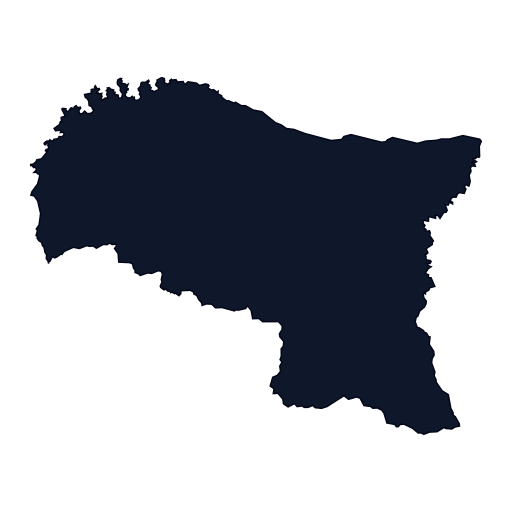 Santa Marta, Magdalena, Colombia (orthographic projection)
{"feature_id": "7082276B2481053474358", "entity_name": "Santa Marta", "entity_type": "district", "adm_level": 2, "iso_a3": "COL", "parent_name": "Colombia", "parent_adm1": "Magdalena", "projection": "orthographic", "projection_center": [-73.961, 11.086], "detail": "fine", "context": "isolated", "style": "filled", "palette": "ink", "viewbox_px": 512, "rotation_deg": 0, "n_neighbors": 0, "source": "geoboundaries", "source_scale": "gbopen_adm2", "svg_char_len": 5876}
<svg xmlns="http://www.w3.org/2000/svg" viewBox="0 0 512 512"><path d="M479.7,139.2L462.9,135.6L449.5,139.0L441.2,139.0L436.7,140.3L425.6,141.1L417.4,143.4L392.6,137.5L387.6,139.7L385.8,141.7L381.5,142.2L351.0,134.6L343.9,136.5L341.6,139.5L331.2,140.5L305.2,133.6L293.8,129.4L286.3,128.5L281.4,125.0L275.3,122.6L261.9,111.7L253.1,110.0L245.5,105.7L241.4,105.7L235.6,102.3L233.9,103.0L228.1,100.6L227.0,101.2L221.8,97.3L221.6,95.7L217.8,93.9L218.1,91.3L216.9,92.2L213.6,89.6L211.6,90.1L208.5,88.4L208.0,87.3L209.0,85.8L208.3,84.7L205.3,83.9L199.5,85.5L196.5,83.1L188.1,81.8L184.7,84.6L183.1,81.5L177.5,82.0L176.0,79.7L171.7,80.0L171.3,79.3L169.7,80.7L170.5,83.4L169.1,83.1L167.4,84.8L167.1,83.9L163.9,82.5L164.7,80.8L164.2,78.4L161.5,77.7L157.0,80.1L157.4,81.3L156.1,83.4L155.7,85.1L158.4,87.5L158.6,89.5L153.7,91.9L152.7,90.7L149.7,90.1L151.2,87.8L149.6,86.1L149.9,85.1L147.4,84.0L149.1,81.3L148.5,80.2L145.4,82.4L142.1,82.2L141.1,83.0L140.5,86.4L138.2,88.6L138.5,90.4L140.2,91.8L139.4,94.5L140.7,95.6L140.6,98.0L138.8,99.8L136.5,100.4L134.5,99.9L134.3,97.2L133.3,97.7L132.2,96.3L130.2,98.1L127.3,97.6L125.2,95.8L125.5,93.1L126.6,92.4L125.9,90.9L128.1,89.9L128.2,88.7L126.5,88.0L128.0,84.3L125.9,85.5L125.1,83.8L121.7,83.5L122.0,80.8L120.9,79.9L121.6,78.6L120.3,78.4L117.8,79.9L117.3,82.4L117.5,84.3L120.5,87.6L120.2,90.6L122.6,93.9L121.5,98.1L118.5,98.1L118.2,95.1L114.3,94.4L115.2,92.4L113.2,91.7L113.7,89.9L110.8,89.2L109.0,87.6L107.3,88.0L107.7,89.1L106.3,90.7L107.9,91.4L106.6,94.2L108.2,97.7L104.9,98.2L101.8,100.4L101.2,98.2L102.1,96.3L101.3,95.2L101.8,93.4L99.3,93.8L98.0,92.8L98.2,93.5L96.8,93.5L96.8,91.9L99.6,89.4L99.1,88.5L97.1,88.8L95.3,85.8L94.5,87.0L95.3,88.8L91.3,89.5L91.2,93.2L84.5,94.5L85.3,97.3L87.4,98.9L88.8,101.4L89.1,105.5L91.8,106.7L92.5,109.0L94.0,109.7L92.5,112.2L90.2,113.5L87.2,113.6L84.6,111.1L82.4,113.5L79.9,114.0L78.7,110.7L80.7,108.2L80.3,107.1L77.7,107.7L76.2,105.7L74.4,106.7L73.8,109.0L71.8,107.8L70.5,108.3L68.2,111.8L65.9,110.5L65.9,108.7L62.3,108.4L61.9,109.3L64.8,115.1L64.6,116.4L61.2,117.4L61.5,121.6L60.5,121.7L59.2,124.8L54.1,128.4L55.5,130.8L60.0,130.1L60.8,130.9L60.3,132.6L63.2,132.1L64.2,135.1L61.4,136.9L59.1,136.5L58.1,138.6L53.7,139.4L53.8,140.2L51.9,141.2L49.9,139.8L49.0,141.1L47.1,141.0L45.3,142.1L44.1,143.3L44.6,144.6L45.5,144.8L47.8,142.1L48.5,143.6L47.6,145.6L48.8,146.2L48.1,149.6L47.5,150.1L47.0,149.3L46.8,149.4L46.7,149.7L47.7,150.5L47.4,151.3L45.6,150.7L46.5,149.1L45.5,150.3L45.5,150.7L45.8,151.1L46.9,151.2L46.4,152.8L41.4,158.9L36.8,159.8L36.1,161.6L33.5,164.0L30.7,164.5L30.7,165.6L31.8,165.2L33.6,167.5L34.4,167.1L36.2,168.4L36.2,170.3L34.0,172.4L36.4,172.4L38.0,174.0L39.1,173.8L39.7,175.8L37.6,184.0L31.9,191.8L30.9,195.2L34.2,195.9L37.7,200.9L40.6,213.6L39.1,224.8L36.3,229.0L37.5,230.5L36.1,235.5L37.4,236.5L37.2,238.3L39.0,240.8L41.6,242.4L42.5,245.7L44.0,247.2L45.0,252.3L46.6,254.9L46.3,258.7L48.0,261.0L48.6,263.5L48.8,261.7L49.9,261.3L51.9,257.3L53.1,256.9L54.7,257.9L57.2,256.8L60.3,254.4L62.0,254.3L64.0,251.5L73.3,247.3L79.4,248.5L86.8,245.6L89.3,246.3L93.2,246.0L96.4,248.2L103.0,244.5L107.2,244.6L109.2,243.1L112.3,244.5L116.4,244.2L116.2,246.3L114.5,248.5L118.1,253.5L118.8,262.1L129.5,262.6L132.5,263.8L133.5,268.0L135.1,270.3L135.1,272.5L138.6,273.8L140.1,275.5L147.8,272.9L151.7,273.4L158.1,270.7L161.1,271.3L162.5,274.0L161.3,279.7L162.1,281.8L160.3,286.0L160.7,287.4L164.0,289.9L165.8,289.0L167.8,291.1L170.2,291.2L170.6,292.6L172.0,292.2L174.6,293.6L175.1,292.9L179.0,295.7L180.8,293.7L180.9,290.7L190.4,290.3L193.7,292.1L193.8,293.9L196.8,295.5L198.7,299.5L201.7,302.9L202.1,305.4L206.3,303.9L211.8,304.2L215.5,307.8L221.9,307.5L234.4,310.9L235.8,309.9L238.7,310.1L245.6,308.5L247.5,305.7L251.1,310.3L252.7,318.7L258.9,318.5L262.6,321.7L278.4,321.6L282.3,325.9L282.1,329.5L279.4,333.9L279.9,336.8L283.8,341.6L283.3,346.3L281.2,348.8L281.3,356.3L280.1,359.6L282.0,362.1L279.8,366.1L280.5,371.5L277.2,375.4L272.7,377.3L270.2,386.1L274.0,388.7L273.3,393.6L278.0,393.3L282.9,399.2L283.5,403.8L288.1,406.9L294.5,403.6L297.2,406.6L302.6,405.9L304.0,407.4L308.0,407.4L312.9,405.4L315.2,407.7L321.6,408.3L327.1,406.5L344.0,395.7L348.5,399.3L356.5,397.0L360.1,398.2L364.0,405.6L370.5,406.4L372.7,408.2L377.4,408.0L381.8,410.1L384.0,413.2L386.9,423.0L394.7,424.4L396.4,426.7L398.2,426.7L400.2,424.4L404.1,424.2L412.6,428.3L418.2,433.0L421.1,432.9L423.8,434.3L429.5,432.1L437.1,431.7L444.1,427.4L445.5,428.4L451.7,429.0L455.3,426.9L459.5,426.1L459.2,423.6L455.3,416.7L453.3,415.3L453.0,412.5L450.8,408.3L448.3,394.6L442.0,390.7L436.2,382.2L436.0,379.6L434.1,375.8L434.9,372.0L431.6,362.9L432.1,358.8L434.1,355.0L433.7,351.3L429.2,344.3L430.1,337.0L428.4,336.4L426.4,333.0L424.2,332.1L423.5,330.6L419.0,327.7L417.3,327.6L415.2,321.7L416.2,317.3L417.8,316.2L419.7,311.0L424.4,307.1L426.0,303.8L426.3,301.1L423.9,298.0L423.1,293.9L423.9,293.2L425.4,293.9L425.4,292.1L429.0,289.9L429.4,287.9L434.8,286.4L431.0,277.7L428.4,277.8L428.5,274.8L425.1,273.4L428.3,268.6L431.1,266.7L428.6,265.8L426.8,263.4L429.9,263.5L431.1,261.7L430.3,260.5L427.1,260.1L426.0,259.2L426.0,256.3L424.5,254.5L426.1,254.4L427.9,252.8L426.1,248.7L432.3,244.5L432.2,242.8L433.4,240.8L429.8,235.7L430.2,232.7L429.5,230.8L426.1,231.3L425.3,230.5L426.0,229.4L423.7,228.0L425.0,225.3L423.6,224.1L422.8,221.3L424.1,220.4L428.5,221.2L428.6,216.5L435.6,218.3L435.5,215.2L438.0,215.5L440.0,218.4L443.8,212.4L446.0,212.3L447.2,210.3L445.2,204.8L448.2,205.1L449.4,202.2L452.6,203.9L452.6,202.3L450.0,200.7L451.4,198.2L452.9,197.1L456.1,197.2L457.5,193.9L459.6,192.6L464.2,193.4L465.9,189.0L464.0,186.5L467.1,184.4L468.1,186.0L469.0,186.0L470.2,181.5L469.1,175.2L471.0,171.4L470.3,167.5L472.5,165.9L475.3,166.3L474.7,164.0L472.3,162.9L472.4,161.8L475.5,162.3L476.5,161.6L473.5,159.9L472.9,158.6L475.4,158.6L476.9,156.8L478.9,157.4L479.6,156.5L479.3,146.2L481.3,141.2L479.7,139.2Z" fill="#0f172a" stroke="#020617" stroke-width="1.5"/></svg>